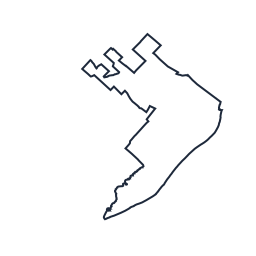 Río Lagartos, Yucatán, Mexico (Equal Earth projection), rotated 127°
{"feature_id": "50627088B51809073979104", "entity_name": "Río Lagartos", "entity_type": "district", "adm_level": 2, "iso_a3": "MEX", "parent_name": "Mexico", "parent_adm1": "Yucatán", "projection": "equal_earth", "projection_center": [-87.983, 21.517], "detail": "fine", "context": "isolated", "style": "outline", "palette": "slate", "viewbox_px": 256, "rotation_deg": 127, "n_neighbors": 0, "source": "geoboundaries", "source_scale": "gbopen_adm2", "svg_char_len": 5235}
<svg xmlns="http://www.w3.org/2000/svg" viewBox="0 0 256 256"><g transform="rotate(127 128 128)"><path d="M62.4,171.4L63.9,154.4L77.1,156.2L80.3,156.3L79.6,166.9L79.8,166.9L79.8,171.4L79.6,175.9L75.0,175.3L74.3,183.2L74.0,183.9L73.7,187.5L74.6,187.5L74.4,189.7L75.6,190.0L83.5,191.1L84.6,178.5L86.0,177.8L86.7,177.6L87.5,177.4L87.9,177.2L88.0,175.9L88.7,168.7L89.1,168.5L90.5,168.8L91.2,169.4L91.7,169.8L92.0,169.9L92.7,170.4L93.2,171.0L94.1,171.3L94.8,171.7L95.3,172.4L95.7,172.8L96.0,173.0L97.0,174.1L97.3,174.3L98.5,175.1L99.1,175.1L99.7,175.5L101.8,177.4L101.4,178.4L94.1,177.4L93.2,187.7L95.7,188.8L97.3,189.2L98.6,189.2L99.1,188.9L99.4,189.0L99.3,189.3L98.8,190.9L97.4,193.9L97.3,194.8L97.1,195.4L97.1,196.0L96.6,197.2L96.4,198.1L96.4,198.9L108.4,200.1L108.6,197.6L108.9,192.6L109.3,188.8L108.7,188.2L107.6,187.5L106.9,187.2L106.1,186.8L108.2,164.8L103.4,164.2L105.0,153.6L100.1,152.9L100.7,149.5L102.1,146.6L103.2,143.9L104.1,140.6L104.1,140.4L104.2,139.8L104.2,138.1L104.3,136.2L104.4,133.7L104.6,133.0L104.5,132.7L104.6,132.0L105.0,131.5L105.0,130.4L104.3,129.2L104.3,122.9L101.5,123.1L97.3,123.8L96.1,118.0L109.8,118.3L110.5,115.7L112.7,116.2L116.7,116.6L129.2,117.7L129.9,117.9L131.0,118.0L134.9,118.2L137.2,118.4L139.1,117.3L140.8,117.3L145.8,117.7L146.3,109.5L147.2,100.8L147.4,100.4L148.4,93.7L149.3,92.6L150.0,92.8L150.1,93.0L150.1,92.9L150.6,93.0L150.7,92.9L150.8,93.1L151.0,93.1L151.2,93.3L151.5,93.5L152.3,93.9L152.5,94.1L152.8,94.1L153.1,94.0L153.5,94.2L153.8,94.0L154.0,94.2L154.3,94.4L154.6,94.5L154.8,94.4L155.0,94.4L155.1,94.5L155.3,94.5L155.7,94.8L156.0,95.0L156.5,95.0L156.8,94.6L157.0,94.6L157.7,95.0L157.9,94.9L158.0,94.9L158.2,95.1L158.3,95.4L158.6,95.8L158.9,95.8L159.0,95.8L159.3,95.9L159.5,95.8L159.9,95.8L160.1,95.6L160.3,96.0L160.6,96.1L160.8,96.0L161.0,96.1L161.3,95.9L161.6,96.0L161.8,96.2L162.0,96.0L162.5,95.9L162.7,96.0L162.9,95.7L163.2,96.1L163.3,96.0L163.5,96.4L163.8,96.6L164.2,96.7L164.5,97.0L164.7,96.9L165.0,97.0L165.1,96.9L165.3,96.8L165.5,96.7L165.7,96.4L166.0,96.6L166.5,96.5L166.8,96.2L167.0,96.0L167.4,96.6L167.8,96.7L168.3,97.3L168.6,97.4L168.8,97.3L169.1,97.3L169.0,97.2L168.9,97.2L168.7,96.6L168.5,96.4L168.3,96.4L168.3,96.5L168.4,96.3L168.5,96.3L168.6,96.5L169.1,97.2L169.4,97.2L169.6,97.5L170.3,98.2L170.7,98.4L171.2,98.6L171.6,98.6L172.3,98.4L172.4,98.2L172.8,97.9L173.2,97.5L173.3,97.0L173.6,96.2L173.5,95.8L173.4,95.5L173.4,95.1L173.5,95.0L173.7,94.9L174.1,95.1L174.4,95.4L174.4,95.6L173.9,96.0L173.9,96.3L174.0,96.7L174.4,97.5L175.1,98.2L175.4,98.3L175.7,98.3L175.9,98.2L176.2,97.7L176.4,97.5L177.0,97.1L177.4,97.2L177.9,97.5L178.7,98.5L180.6,100.5L181.3,100.8L181.7,100.9L182.0,100.7L182.2,100.9L182.5,100.9L183.6,100.7L184.0,100.9L184.1,100.7L184.3,100.6L184.9,100.7L185.1,100.6L185.3,100.6L185.9,100.6L186.2,100.4L186.6,100.0L186.7,99.5L187.2,98.9L187.3,98.5L187.6,97.7L188.2,97.6L188.7,97.4L189.2,96.7L189.5,96.5L190.1,96.1L190.4,95.4L190.8,95.1L191.0,94.8L191.4,94.7L191.7,94.2L193.7,94.0L193.9,93.8L193.9,93.7L194.0,93.7L194.2,93.8L194.7,93.9L195.2,94.1L195.6,93.9L196.4,94.0L196.9,94.6L197.2,94.7L197.3,94.8L197.5,94.9L197.8,94.9L198.1,95.0L198.9,94.7L199.3,94.8L199.8,94.7L200.1,94.8L200.6,94.6L200.8,94.3L200.7,94.2L200.8,94.1L200.8,93.9L201.5,94.0L201.9,94.0L202.2,93.9L202.6,93.6L203.1,93.7L203.2,94.0L203.3,94.0L203.3,93.7L203.5,93.9L203.5,93.7L203.7,93.8L204.0,93.7L204.1,93.8L204.1,94.0L203.8,94.3L203.6,94.4L203.6,94.8L203.7,95.2L203.9,95.5L204.4,95.8L204.6,96.0L205.3,96.0L205.8,95.8L206.1,95.5L206.2,95.4L205.8,95.3L205.8,94.9L205.6,94.9L205.7,94.4L205.4,94.4L205.1,93.8L205.1,93.5L204.8,93.4L204.8,93.5L204.7,93.5L204.8,93.6L204.7,93.8L204.6,93.4L204.5,93.6L204.4,93.6L204.4,93.3L204.5,93.2L205.1,93.2L205.5,93.5L206.2,95.0L208.1,94.9L211.5,94.3L213.2,93.9L214.0,93.4L214.2,93.0L214.5,92.5L214.7,91.5L213.8,91.0L213.4,90.6L213.1,90.6L211.9,89.9L210.9,89.2L210.6,89.1L210.0,88.7L209.7,88.7L206.3,86.3L199.9,82.6L195.9,80.5L192.2,78.9L191.4,78.6L191.0,78.5L190.9,78.5L190.6,78.3L190.0,78.3L188.5,77.5L187.1,76.5L186.8,76.5L186.4,76.2L186.0,76.1L185.8,76.1L184.6,75.5L184.1,75.3L181.5,73.5L178.9,71.9L174.5,69.9L168.9,67.6L167.7,67.1L166.8,66.8L164.1,65.9L163.9,65.9L163.8,66.1L162.4,65.9L161.8,65.9L161.0,65.8L160.9,65.9L160.4,65.8L160.0,65.9L159.6,65.8L158.6,65.9L156.4,65.8L154.7,65.8L152.4,65.5L152.1,65.3L151.4,65.3L150.9,65.3L150.0,65.5L148.6,65.6L145.5,65.8L142.0,65.7L140.1,65.8L138.6,65.7L136.1,65.8L130.9,65.7L129.1,65.5L127.8,65.5L121.5,64.9L118.0,64.3L113.8,63.8L112.6,63.7L110.8,63.4L104.5,62.2L102.2,61.5L97.2,59.8L96.3,59.4L93.6,58.4L90.8,57.6L88.9,57.2L86.4,56.9L83.8,56.4L79.7,55.9L77.4,56.1L73.2,56.7L71.3,57.2L70.9,57.3L70.0,57.8L68.7,58.3L68.0,58.4L66.3,59.2L66.0,59.4L65.6,59.5L63.7,60.5L63.3,61.0L61.6,62.0L59.0,63.2L57.8,63.7L57.2,63.8L58.4,65.6L58.5,66.5L58.3,66.6L58.1,66.4L57.9,66.3L57.7,66.4L57.8,66.7L57.6,67.1L56.7,67.8L55.8,68.1L54.9,68.6L54.6,68.6L54.2,68.8L54.0,68.7L53.2,68.9L52.3,69.4L51.4,69.7L51.5,99.0L50.9,105.4L49.7,112.1L50.5,112.2L50.5,112.6L50.7,113.3L51.4,114.0L53.2,115.8L53.6,116.4L54.2,118.4L54.8,119.4L55.0,120.2L55.4,121.0L55.6,121.9L53.4,121.6L54.9,133.2L54.0,144.0L53.0,150.3L53.0,152.9L42.3,151.6L41.8,159.1L41.3,169.0L51.1,170.0L51.8,169.9L62.4,171.4Z" fill="none" stroke="#1e293b" stroke-width="2"/></g></svg>